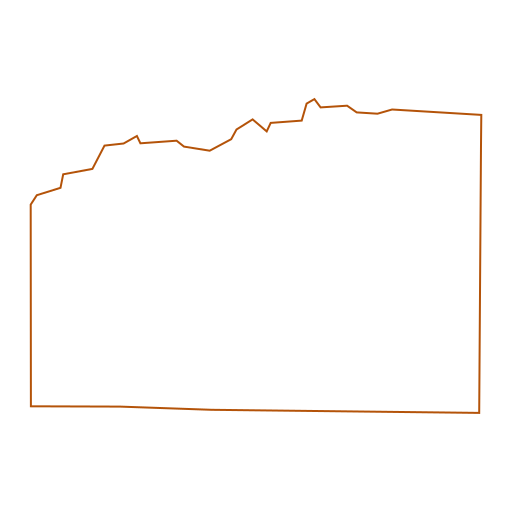 the district of Washington, Illinois, United States of America
{"feature_id": "52423323B5171032180406", "entity_name": "Washington", "entity_type": "district", "adm_level": 2, "iso_a3": "USA", "parent_name": "United States of America", "parent_adm1": "Illinois", "projection": "orthographic", "projection_center": [-89.437, 38.366], "detail": "fine", "context": "isolated", "style": "outline", "palette": "amber", "viewbox_px": 512, "rotation_deg": 0, "n_neighbors": 0, "source": "geoboundaries", "source_scale": "gbopen_adm2", "svg_char_len": 516}
<svg xmlns="http://www.w3.org/2000/svg" viewBox="0 0 512 512"><path d="M481.0,144.9L481.3,114.9L392.1,109.5L377.5,113.7L356.7,112.4L347.1,105.7L320.6,107.4L314.4,99.1L306.6,103.6L301.7,120.6L270.7,122.9L266.7,131.4L252.6,119.4L236.5,129.5L231.2,139.2L209.7,150.7L184.0,146.6L176.6,140.7L140.4,143.3L136.9,136.0L123.6,143.5L104.5,145.6L92.4,168.9L63.2,174.3L60.5,187.8L36.8,195.2L30.7,204.6L30.9,406.3L120.0,406.6L211.5,409.8L479.2,412.9L480.4,233.7L481.0,144.9Z" fill="none" stroke="#b45309" stroke-width="2"/></svg>